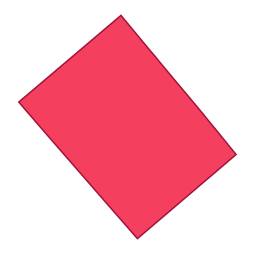 the district of Preble, Ohio, United States of America, rotated 140°
{"feature_id": "52423323B89596948569542", "entity_name": "Preble", "entity_type": "district", "adm_level": 2, "iso_a3": "USA", "parent_name": "United States of America", "parent_adm1": "Ohio", "projection": "albers", "projection_center": [-84.757, 39.743], "detail": "fine", "context": "isolated", "style": "filled", "palette": "rose", "viewbox_px": 256, "rotation_deg": 140, "n_neighbors": 0, "source": "geoboundaries", "source_scale": "gbopen_adm2", "svg_char_len": 459}
<svg xmlns="http://www.w3.org/2000/svg" viewBox="0 0 256 256"><g transform="rotate(140 128 128)"><path d="M61.4,136.6L61.3,160.5L61.2,166.3L61.3,173.2L61.2,187.2L61.0,218.5L61.0,218.8L195.0,218.1L194.9,206.6L194.4,172.4L192.8,82.8L191.9,37.2L62.2,38.2L62.1,51.3L62.0,51.7L61.9,60.9L61.7,71.1L61.7,72.4L61.7,76.3L61.6,84.8L61.6,85.9L61.4,91.3L61.5,92.7L61.4,98.8L61.4,105.4L61.4,106.1L61.4,136.6Z" fill="#f43f5e" stroke="#9f1239" stroke-width="1.5"/></g></svg>